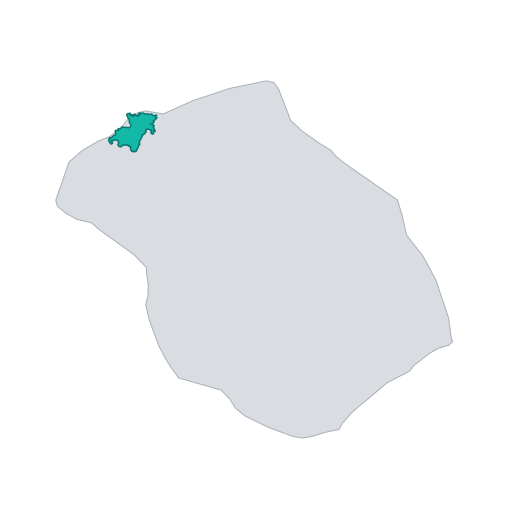 Khoelenya, Mohale's Hoek, Lesotho (highlighted), rotated 97°
{"feature_id": "5366337B9644670448784", "entity_name": "Khoelenya", "entity_type": "district", "adm_level": 2, "iso_a3": "LSO", "parent_name": "Lesotho", "parent_adm1": "Mohale's Hoek", "projection": "equal_earth", "projection_center": [27.429, -30.302], "detail": "fine", "context": "in_parent", "style": "filled", "palette": "teal", "viewbox_px": 512, "rotation_deg": 97, "n_neighbors": 0, "source": "geoboundaries", "source_scale": "gbopen_adm2", "svg_char_len": 6385}
<svg xmlns="http://www.w3.org/2000/svg" viewBox="0 0 512 512"><g transform="rotate(97 256 256)"><path d="M332.4,354.2L319.0,359.1L317.1,359.5L308.5,358.4L297.0,359.5L288.0,362.2L281.0,363.2L269.5,377.3L248.6,415.4L243.1,423.3L241.5,438.2L236.7,450.0L230.8,459.2L225.0,461.5L207.7,457.8L185.6,453.1L172.7,441.6L161.2,426.6L155.2,415.6L148.9,409.6L146.7,406.2L137.7,401.2L134.3,398.6L131.3,396.7L127.6,389.4L125.5,383.1L126.3,365.4L120.0,354.9L109.1,336.9L102.2,322.2L92.7,302.1L86.9,284.8L80.9,267.0L81.7,259.3L87.4,254.0L104.2,245.0L117.2,238.1L126.5,225.3L136.7,206.3L141.7,194.8L146.6,189.6L152.0,181.5L161.5,163.6L172.0,143.7L183.3,122.3L197.5,116.1L217.0,109.0L235.7,90.3L258.0,74.5L293.9,57.4L310.7,53.0L317.1,50.5L321.1,53.8L325.3,63.6L331.4,71.8L345.5,86.0L351.5,89.5L366.0,110.6L381.6,125.0L399.5,141.7L411.7,150.0L417.9,152.3L423.0,167.0L428.2,178.0L431.1,188.2L430.4,198.2L424.6,222.7L416.1,247.6L409.4,257.9L401.3,264.5L393.4,274.3L390.2,294.3L386.5,317.8L376.2,327.4L368.1,333.8L357.0,341.5L332.4,354.2Z" fill="#d9dde1" stroke="#a8b0b8" stroke-width="1"/><path d="M160.4,415.7L160.9,415.3L162.1,414.3L162.2,414.0L162.5,413.6L162.5,413.2L162.1,412.8L161.8,412.3L161.5,412.2L160.8,412.4L159.7,413.6L159.4,413.7L158.9,413.5L158.8,413.2L158.9,411.7L158.7,411.2L158.0,410.4L157.9,409.8L157.8,409.1L157.9,408.7L158.0,408.4L158.4,407.5L159.0,406.5L159.2,406.3L159.6,406.2L159.9,406.1L160.3,406.2L160.8,406.2L161.4,406.3L162.0,406.6L162.8,406.5L163.2,406.2L163.3,405.8L163.8,405.4L164.1,405.0L163.9,404.8L163.9,404.6L164.0,404.2L163.9,403.8L164.1,403.9L164.2,403.7L163.8,403.3L163.6,403.4L163.4,403.3L163.4,402.9L163.3,402.6L163.1,402.7L162.9,402.3L162.5,402.2L162.5,401.9L162.2,401.2L161.9,401.1L161.9,400.8L161.7,400.1L161.8,399.9L161.8,399.7L162.0,399.5L162.0,399.4L161.8,399.4L161.6,399.2L161.7,398.8L161.7,398.6L161.6,398.0L161.6,397.6L161.3,397.3L161.3,397.0L161.4,396.8L162.1,396.2L162.0,395.9L162.3,396.0L162.4,395.5L162.5,395.4L162.7,394.9L162.8,394.7L163.1,394.4L162.9,394.1L162.9,393.9L163.3,393.9L163.5,393.7L164.3,393.5L165.1,393.6L165.2,393.4L165.7,393.3L165.9,393.1L166.2,393.0L166.7,392.5L166.7,392.1L166.9,392.1L167.1,392.0L167.0,391.6L167.1,391.1L167.4,390.9L167.4,390.6L167.4,390.3L167.4,390.1L167.3,389.3L167.1,389.4L167.1,389.0L167.1,388.7L166.8,388.5L166.6,388.2L166.3,387.4L166.1,387.4L165.8,387.4L165.7,387.5L164.7,387.3L164.6,387.1L164.3,387.1L164.1,386.9L163.9,386.9L163.6,386.6L163.4,386.6L163.0,386.3L162.6,386.2L162.4,386.2L162.1,386.0L161.7,386.0L160.7,386.1L160.3,385.5L159.9,385.5L159.5,385.0L159.2,385.2L158.7,385.2L158.6,385.4L158.2,385.3L157.7,385.4L157.5,385.6L155.6,385.5L154.8,384.8L154.6,384.9L153.9,384.6L151.3,383.6L150.8,383.5L150.3,383.6L150.1,383.5L149.9,383.5L149.8,383.3L149.7,383.4L149.5,383.6L149.3,383.3L149.2,382.9L149.3,382.6L148.9,382.2L148.4,381.8L148.3,381.6L148.2,381.5L148.0,381.3L147.7,381.2L147.6,381.5L146.9,381.1L146.8,380.6L146.4,380.6L146.1,380.4L145.6,380.3L145.3,380.7L145.1,380.9L144.9,380.9L144.4,380.7L144.1,380.6L143.9,380.5L143.8,380.3L143.8,380.1L143.6,379.9L143.4,379.6L143.6,379.6L143.5,379.4L143.4,379.3L143.2,379.1L143.3,379.0L143.3,378.4L143.3,378.1L143.2,377.7L143.4,377.4L143.5,377.1L143.5,376.9L143.7,376.6L143.8,376.4L143.7,376.0L143.8,375.8L143.8,375.4L143.9,375.1L144.0,375.2L144.1,375.4L144.9,375.4L145.0,375.3L145.3,375.2L145.6,375.0L145.9,375.3L146.9,375.0L147.5,374.0L147.6,373.4L147.1,372.7L146.8,372.6L146.4,372.9L146.1,372.8L145.9,372.7L145.5,372.8L145.2,372.5L144.9,372.6L144.7,371.9L144.6,371.7L144.6,371.4L144.4,371.4L144.5,371.6L144.4,371.9L144.2,372.1L144.0,372.5L143.5,372.4L143.2,372.1L143.1,372.3L142.9,372.5L142.7,372.6L142.4,372.6L142.3,372.8L141.7,372.7L141.1,373.0L140.8,373.5L140.5,373.7L140.4,373.7L140.3,373.8L140.1,373.9L139.7,373.4L139.5,373.0L139.4,373.0L139.0,373.2L138.6,373.4L138.5,373.7L138.5,373.9L138.0,374.7L138.0,375.7L137.9,376.1L137.6,375.2L137.2,374.7L135.8,374.0L135.5,373.5L135.1,374.0L134.9,374.1L134.6,374.2L134.2,374.4L134.0,374.0L133.8,373.7L133.7,373.3L133.5,373.2L133.2,372.9L132.4,372.5L132.3,372.4L132.2,372.2L131.9,372.0L131.9,371.8L131.8,371.7L131.4,371.4L131.2,371.4L131.2,371.5L131.1,371.8L131.0,371.7L131.0,372.1L130.9,372.3L130.8,372.5L130.5,372.6L130.2,372.6L128.8,371.7L128.6,371.7L128.4,371.8L128.3,372.0L128.3,372.3L128.5,372.8L128.8,373.3L129.2,373.3L129.3,373.4L129.2,373.8L129.2,374.4L129.1,375.1L128.8,375.7L128.2,376.3L127.9,376.9L127.8,377.2L127.9,377.5L128.1,377.8L128.5,378.7L128.5,379.1L128.5,379.4L128.4,380.0L128.2,380.6L128.0,380.8L128.0,381.1L128.3,381.6L128.4,382.1L128.6,383.0L128.6,383.3L128.5,383.8L128.2,384.3L127.9,385.2L127.9,385.4L127.9,385.7L128.1,386.2L128.2,386.4L128.6,386.7L128.6,387.0L128.6,387.6L128.1,388.0L128.1,388.3L128.4,389.4L129.1,389.7L129.4,389.6L129.5,389.5L129.6,389.3L129.6,388.9L129.8,388.4L130.0,388.4L130.3,389.1L130.4,389.7L130.4,390.0L130.7,390.0L131.1,389.9L131.4,390.2L131.5,390.5L131.4,390.7L131.1,391.1L130.8,391.3L130.9,391.7L131.1,391.9L131.4,392.0L130.8,392.8L130.5,392.9L130.3,393.1L130.1,393.4L130.0,393.6L130.2,393.8L130.5,394.4L131.2,394.2L131.8,394.2L132.0,394.2L132.2,394.6L132.3,395.1L132.3,395.5L132.2,395.6L131.8,395.6L131.6,395.3L131.2,395.2L130.9,395.4L130.8,395.7L130.9,396.0L131.3,396.5L131.8,397.3L131.8,397.5L131.6,398.0L131.2,398.3L131.0,398.2L130.8,397.6L130.6,397.5L130.4,397.6L130.2,398.0L129.6,398.5L129.6,398.8L129.9,399.0L130.2,399.4L130.2,400.0L130.3,400.5L130.5,400.8L131.3,401.4L131.7,401.5L131.9,401.5L132.2,401.4L133.0,400.8L134.6,399.8L135.2,399.3L135.9,398.4L136.2,398.3L136.8,398.3L137.1,398.3L137.7,398.3L138.5,398.1L139.1,397.8L139.7,397.3L140.5,396.5L141.3,396.1L142.2,396.2L143.0,396.5L144.1,397.7L144.3,398.0L144.2,399.0L144.1,399.6L144.1,399.8L144.2,401.3L144.4,402.6L144.5,403.3L144.2,403.7L144.1,404.0L144.1,404.3L144.1,404.6L145.1,405.5L145.9,405.9L146.4,406.4L146.4,406.6L146.5,407.2L146.4,407.5L146.2,407.9L146.2,408.0L146.3,408.1L146.8,408.3L147.2,408.3L148.0,407.8L148.3,408.1L148.1,408.6L148.0,409.0L148.4,410.2L148.7,410.7L149.0,411.0L149.3,410.9L149.6,410.9L149.9,410.9L150.2,410.6L150.5,410.5L150.8,410.1L151.0,410.0L152.0,410.2L152.5,410.2L152.9,410.3L153.0,410.4L153.1,410.6L153.6,411.9L153.6,412.0L154.7,412.7L156.2,414.2L156.2,414.5L156.4,415.2L156.4,415.5L156.7,415.7L156.8,415.3L157.0,415.2L157.2,415.6L157.4,416.1L157.8,416.3L158.2,416.3L159.0,416.0L159.9,416.1L160.4,415.7Z" fill="#14b8a6" stroke="#0f766e" stroke-width="1.5"/></g></svg>